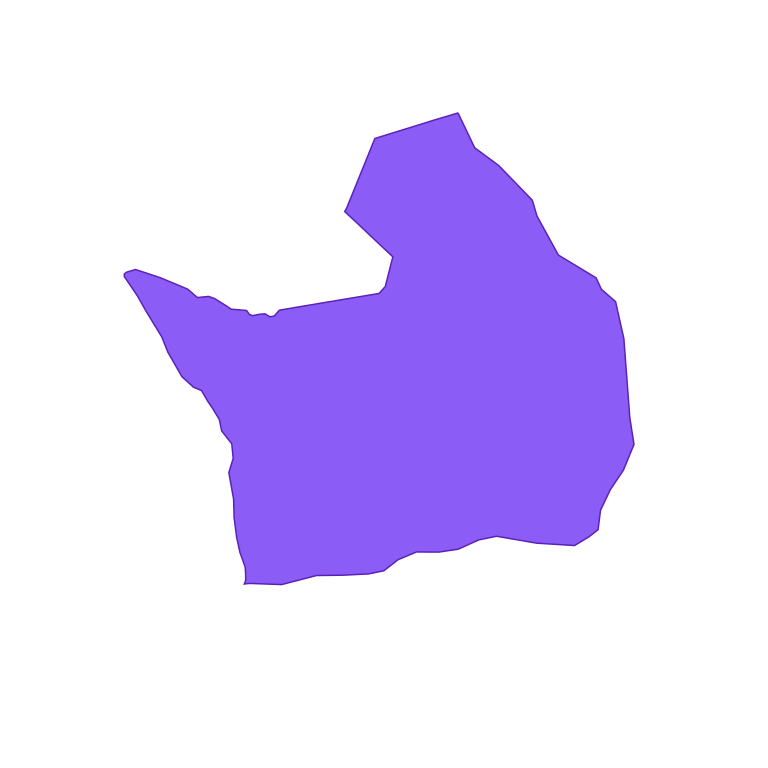 Tawila, North Darfur, Sudan, rotated 52°
{"feature_id": "16777658B31979964775583", "entity_name": "Tawila", "entity_type": "district", "adm_level": 2, "iso_a3": "SDN", "parent_name": "Sudan", "parent_adm1": "North Darfur", "projection": "robinson", "projection_center": [24.702, 13.314], "detail": "fine", "context": "isolated", "style": "filled", "palette": "violet", "viewbox_px": 768, "rotation_deg": 52, "n_neighbors": 0, "source": "geoboundaries", "source_scale": "gbopen_adm2", "svg_char_len": 1886}
<svg xmlns="http://www.w3.org/2000/svg" viewBox="0 0 768 768"><g transform="rotate(52 384 384)"><path d="M216.0,158.7L210.7,172.3L206.9,182.0L184.9,240.0L222.3,305.0L223.9,308.8L224.5,308.7L233.3,307.3L237.6,306.6L260.8,303.1L287.1,299.1L288.8,298.8L289.3,298.8L289.4,299.0L308.0,323.0L309.6,332.2L309.1,333.1L296.7,355.9L285.0,377.4L273.6,398.4L261.8,420.3L261.5,421.0L261.6,421.9L262.8,428.4L262.8,428.8L262.7,429.1L260.9,432.3L260.7,432.5L255.6,434.5L255.4,434.6L252.0,439.9L249.6,444.8L249.3,445.5L248.8,445.8L246.7,447.0L246.3,447.3L241.7,447.0L241.3,447.2L231.2,458.1L231.0,458.4L230.8,458.4L225.3,460.2L212.3,464.9L207.0,468.3L201.0,477.8L188.4,480.3L162.6,494.8L140.8,509.3L137.4,518.0L137.4,520.0L137.4,520.9L139.4,522.5L144.4,522.8L145.5,522.9L151.8,523.3L163.0,524.1L180.3,526.7L210.0,530.1L226.1,534.8L226.4,534.8L252.8,538.6L253.9,538.7L254.1,538.7L268.7,536.2L269.3,536.1L269.8,535.8L275.3,532.7L276.8,531.9L277.2,531.9L289.6,533.6L289.8,533.6L298.0,534.1L298.9,534.2L299.2,534.2L300.9,534.5L306.5,535.1L310.4,535.6L310.8,535.7L311.4,536.1L313.6,537.1L320.8,540.7L321.0,540.8L337.2,540.8L337.4,540.8L337.6,540.9L349.1,548.2L349.7,548.5L349.9,548.8L358.2,560.7L358.5,561.0L358.8,561.1L381.6,573.1L382.1,573.4L382.5,573.7L391.4,580.2L396.7,584.2L412.2,593.4L414.8,594.9L415.0,595.0L415.3,595.1L428.2,601.3L435.6,603.7L442.5,606.0L443.0,606.2L443.1,606.3L447.5,609.3L453.4,613.7L453.5,613.8L455.6,617.2L456.8,615.2L458.7,612.3L479.0,588.2L493.3,555.2L509.5,533.9L524.2,513.0L531.1,499.1L531.1,481.0L536.3,461.9L550.2,444.3L559.9,427.1L565.2,405.3L573.3,389.0L603.4,361.7L628.6,333.3L630.6,316.6L630.6,305.0L616.8,291.1L606.6,270.7L603.4,261.0L599.3,248.4L585.5,224.2L561.5,210.8L496.0,167.1L461.7,150.8L443.2,154.4L430.9,151.5L389.8,167.2L345.7,160.0L330.6,154.0L282.5,159.1L253.7,167.1L216.0,158.8L216.0,158.7Z" fill="#8b5cf6" stroke="#5b21b6" stroke-width="1.5"/></g></svg>